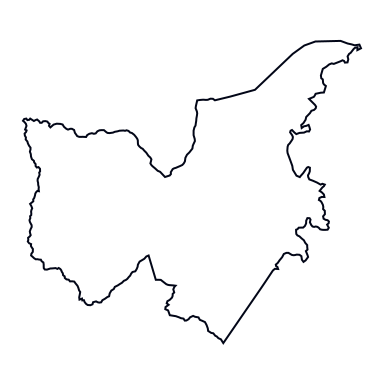 the district of Talismã, Tocantins, Brazil
{"feature_id": "56859067B11733116520927", "entity_name": "Talismã", "entity_type": "district", "adm_level": 2, "iso_a3": "BRA", "parent_name": "Brazil", "parent_adm1": "Tocantins", "projection": "orthographic", "projection_center": [-49.065, -12.67], "detail": "fine", "context": "isolated", "style": "outline", "palette": "ink", "viewbox_px": 384, "rotation_deg": 0, "n_neighbors": 0, "source": "geoboundaries", "source_scale": "gbopen_adm2", "svg_char_len": 5911}
<svg xmlns="http://www.w3.org/2000/svg" viewBox="0 0 384 384"><path d="M37.1,119.5L35.5,120.1L33.9,121.0L30.2,118.6L29.2,119.8L27.4,120.1L26.3,118.6L24.2,119.0L23.0,120.8L24.5,122.1L25.9,123.8L26.5,125.9L25.1,129.6L26.6,130.4L26.1,131.9L24.6,133.6L24.9,135.7L25.9,137.4L25.7,139.5L27.4,141.5L27.9,143.4L29.1,145.8L30.5,147.6L30.5,149.4L29.9,151.7L30.8,154.1L31.0,156.5L31.9,159.2L33.9,160.8L34.2,162.4L35.6,164.1L35.6,166.0L36.8,167.5L38.5,167.1L40.0,168.8L40.1,171.3L39.2,172.6L39.6,174.8L38.7,177.0L37.7,179.0L37.6,180.9L38.1,182.8L38.2,184.9L38.8,187.2L38.6,189.1L38.9,191.2L37.4,190.9L36.1,192.2L35.3,193.6L35.0,195.4L34.2,198.0L33.2,199.4L33.3,201.3L32.1,202.3L30.1,203.9L31.3,206.0L32.2,208.3L31.4,210.1L31.1,211.7L31.3,213.5L31.2,215.1L30.1,216.2L30.3,218.2L29.5,220.1L29.9,221.9L30.7,223.5L31.6,225.1L31.7,227.0L30.6,229.2L29.8,231.4L30.1,233.2L30.7,235.1L29.8,236.4L28.1,237.8L28.3,239.9L27.8,241.5L29.2,243.3L31.1,244.1L30.9,245.9L31.6,247.2L32.9,249.0L32.8,251.9L31.4,253.7L31.1,255.5L32.5,256.7L34.2,258.3L35.8,259.3L37.3,259.2L39.3,259.6L40.9,259.7L41.6,261.2L43.4,262.5L43.7,264.6L43.7,266.3L43.8,268.2L44.8,269.5L47.0,269.6L48.8,269.0L50.3,268.5L52.5,268.4L55.6,268.1L57.4,268.9L58.7,268.0L60.3,269.0L61.2,270.2L61.8,271.8L62.8,273.3L63.1,275.2L64.7,276.4L64.8,278.0L66.5,279.4L68.7,279.7L70.0,281.4L72.2,281.3L74.3,281.6L75.3,283.1L77.5,285.8L78.3,287.7L79.1,290.4L80.2,292.0L79.8,294.4L79.2,297.3L79.5,299.6L82.0,298.6L82.3,300.4L83.9,300.2L84.7,302.2L86.2,304.0L87.7,305.0L90.4,305.2L92.5,304.3L93.1,302.2L96.1,301.4L97.8,302.3L99.3,302.6L101.2,302.3L102.4,300.2L104.9,298.8L107.4,297.0L109.1,296.3L109.7,293.4L111.3,290.6L113.8,289.0L114.8,286.9L117.8,285.4L120.2,283.8L121.8,282.9L123.9,280.8L125.8,280.0L127.3,278.9L128.8,277.0L130.2,275.6L131.1,273.7L132.5,272.0L135.3,271.3L136.7,269.0L137.6,266.8L137.9,264.7L139.6,261.6L144.3,258.8L146.3,256.5L148.6,255.5L155.8,279.8L157.3,279.8L159.0,279.8L160.8,279.9L166.3,284.2L167.8,284.8L169.2,285.1L173.2,285.4L175.5,285.7L174.4,286.9L173.3,289.3L174.2,292.5L172.7,293.9L172.6,296.0L172.0,297.6L169.7,299.9L167.4,301.2L166.7,303.3L168.6,304.8L165.5,307.1L165.3,309.2L168.1,310.4L169.8,315.2L172.8,315.7L175.9,316.2L179.0,317.3L181.0,318.2L183.5,318.6L184.8,320.6L186.4,320.5L188.6,319.2L190.1,317.3L193.1,315.9L195.1,316.8L198.5,317.4L199.8,319.8L202.2,320.8L205.0,322.1L206.6,325.1L207.8,328.4L208.1,330.9L211.2,332.9L213.3,333.3L215.3,335.8L216.7,336.4L218.4,338.2L220.9,339.3L223.3,343.1L260.9,288.4L265.1,282.2L272.9,270.5L274.9,268.8L278.1,269.0L277.4,266.9L276.1,266.1L275.8,264.6L277.7,263.0L279.7,260.1L280.9,258.7L282.2,257.1L283.8,254.0L286.3,252.9L288.5,252.9L291.8,254.9L293.3,255.2L294.8,255.1L296.8,254.6L299.5,254.8L301.4,256.2L301.9,259.7L303.5,261.9L305.6,260.4L308.1,257.0L307.5,255.1L305.9,251.1L307.5,249.6L307.2,246.7L307.2,245.1L305.2,242.8L303.9,240.3L301.6,238.4L299.5,236.4L297.4,235.4L296.3,234.0L296.1,231.4L296.1,229.7L297.5,229.2L298.7,227.7L301.0,227.6L303.1,227.6L304.9,226.0L306.1,223.5L306.2,220.7L307.4,218.1L309.6,218.2L310.5,219.6L309.9,222.3L311.3,225.1L312.5,226.5L314.1,226.9L315.8,226.5L317.5,226.9L319.0,228.0L320.1,229.3L322.2,229.8L325.0,229.9L327.6,229.7L328.8,227.8L327.1,224.6L328.6,223.3L328.9,221.5L327.6,220.2L325.5,219.8L323.6,218.7L323.1,216.3L324.9,214.2L324.8,210.8L323.1,209.1L323.3,207.0L322.9,204.9L321.6,202.3L320.6,201.0L318.9,200.0L319.4,198.0L321.8,196.9L324.4,197.0L323.9,194.5L321.9,192.4L319.6,190.9L322.4,187.4L323.9,186.2L324.8,184.6L322.4,183.8L320.6,184.6L316.9,182.5L312.8,180.7L309.3,179.4L308.2,177.0L308.0,175.3L309.0,173.5L309.8,171.3L309.9,167.7L308.2,167.0L306.9,167.7L303.2,173.1L300.7,175.9L299.8,177.1L296.5,175.7L292.9,169.8L292.3,165.9L289.7,158.7L287.6,153.1L287.3,150.7L287.6,146.8L288.2,144.9L289.7,143.4L291.8,140.3L292.6,139.0L292.9,137.0L292.2,135.3L290.1,132.3L290.6,130.7L292.0,130.0L294.4,132.5L296.3,134.1L299.5,132.9L304.0,132.6L306.8,131.3L309.0,131.5L310.1,129.5L309.4,127.0L308.6,124.9L306.2,125.9L304.0,126.3L301.7,128.0L301.2,125.1L303.5,123.0L305.6,119.7L306.2,117.0L309.9,113.2L311.4,110.8L314.1,109.9L315.7,108.3L316.1,106.6L315.0,104.9L312.4,102.3L309.0,98.9L313.8,96.9L314.8,95.5L315.6,93.8L320.8,92.7L323.9,92.5L325.9,86.0L323.9,84.4L323.1,82.9L322.8,79.4L321.3,78.3L320.9,75.5L322.8,68.9L326.4,66.7L329.2,64.4L331.7,63.4L333.8,63.9L340.5,61.3L342.5,60.3L344.1,61.0L344.9,62.6L347.5,62.4L348.3,59.3L347.6,56.4L349.1,53.9L350.7,52.8L353.7,48.9L355.0,47.8L357.5,47.2L357.4,50.1L361.0,48.3L359.4,44.6L354.7,45.3L351.7,44.4L347.6,43.5L340.6,40.9L315.4,41.5L304.3,45.5L292.7,53.9L255.0,89.8L230.2,96.6L214.9,100.3L212.9,98.8L210.4,98.7L207.8,99.8L205.8,99.9L203.2,99.7L199.7,100.0L197.2,100.4L195.9,106.1L195.6,108.2L196.9,111.5L197.2,113.4L196.9,115.7L196.4,118.4L196.2,121.0L195.9,122.8L195.5,125.6L194.4,127.4L193.6,130.6L193.6,135.2L194.7,138.9L194.9,141.1L193.7,143.6L192.8,145.7L192.4,148.6L190.8,150.6L189.3,152.5L187.0,154.7L185.4,157.8L184.9,161.4L183.7,163.5L182.3,165.0L179.7,166.2L175.7,167.9L174.2,168.3L172.7,169.1L170.8,172.2L170.9,174.1L169.7,175.5L165.0,177.0L160.1,171.8L157.7,170.8L155.0,168.3L152.6,166.3L151.5,165.2L150.4,163.4L150.9,161.5L151.4,159.3L150.3,157.5L148.4,155.8L146.3,152.7L144.2,150.6L142.7,148.8L141.1,148.0L139.3,146.4L138.1,144.8L137.9,143.2L137.8,140.3L137.2,138.7L136.0,137.0L134.2,134.8L131.9,133.0L130.1,132.5L128.5,130.9L126.5,130.3L125.1,130.8L123.5,130.5L119.6,130.7L117.6,131.3L114.8,131.8L113.0,132.6L109.5,133.1L107.4,132.9L106.0,131.9L103.9,130.1L101.7,130.1L99.5,130.3L97.4,131.3L95.7,133.4L93.9,133.8L91.9,133.2L89.3,133.8L87.2,135.1L86.1,137.0L82.7,136.8L81.1,136.9L79.3,136.9L77.2,136.1L76.2,134.6L74.9,132.8L74.1,130.0L71.9,128.8L70.2,128.8L68.0,129.6L66.3,128.8L64.0,126.8L62.6,124.5L60.3,123.9L56.7,123.7L53.6,124.6L50.4,127.4L49.0,125.8L49.6,123.9L48.3,122.9L47.4,121.6L45.4,121.1L43.1,121.3L41.7,122.8L40.1,122.8L39.2,121.3L37.1,119.5Z" fill="none" stroke="#020617" stroke-width="2"/></svg>